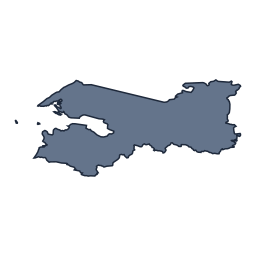 the Region of Leningrad
{"feature_id": "RUS-2336", "entity_name": "Leningrad", "entity_type": "Region", "adm_level": 1, "iso_a3": "RUS", "parent_name": "Russia", "parent_adm1": "", "projection": "natural_earth1", "projection_center": [31.635, 59.881], "detail": "fine", "context": "isolated", "style": "filled", "palette": "slate", "viewbox_px": 256, "rotation_deg": 0, "n_neighbors": 0, "source": "natural_earth", "source_scale": "10m", "svg_char_len": 5800}
<svg xmlns="http://www.w3.org/2000/svg" viewBox="0 0 256 256"><path d="M43.2,101.7L46.9,98.6L49.4,97.5L51.8,95.2L55.6,92.8L56.8,92.2L59.1,91.8L61.0,89.7L63.8,87.4L65.3,86.8L68.6,85.0L72.4,83.5L74.3,82.4L76.2,80.5L78.4,81.1L79.5,82.0L81.7,82.6L83.2,84.7L83.8,84.9L91.3,84.7L164.1,102.3L166.5,102.0L167.6,101.5L168.7,100.7L169.4,99.7L173.7,99.2L174.4,99.0L175.2,97.8L177.0,97.0L175.5,96.5L175.5,96.2L177.7,94.1L182.5,92.7L182.0,91.3L182.4,90.5L183.5,90.5L186.1,91.6L191.0,92.4L192.5,90.8L193.9,88.2L193.8,87.6L193.5,87.3L192.2,86.7L190.6,86.4L189.2,86.6L188.7,87.0L188.0,88.0L186.6,88.2L185.9,87.9L184.7,86.8L183.4,86.3L182.9,85.6L183.1,85.0L185.3,83.3L202.7,82.6L203.8,82.8L205.9,83.9L207.0,85.4L207.7,85.7L208.8,85.2L209.2,84.3L208.8,83.6L208.9,83.3L210.8,81.7L213.6,81.3L215.9,79.9L217.5,81.1L218.2,81.4L229.4,82.2L231.3,81.1L232.0,81.7L231.3,84.2L231.4,84.6L232.9,85.2L234.1,85.2L238.3,84.3L240.3,85.5L240.6,86.3L239.3,87.6L239.1,88.6L237.3,90.2L236.7,90.2L236.2,91.1L235.8,91.2L235.6,91.9L236.3,93.0L235.2,94.6L234.6,95.1L230.3,95.5L229.0,96.1L228.3,96.9L226.8,98.0L227.0,98.8L228.3,99.7L228.5,100.7L229.1,101.1L229.4,101.9L229.9,104.3L229.8,109.0L229.3,112.7L228.2,114.2L227.3,114.8L227.4,116.8L227.3,119.1L228.1,120.3L228.1,121.1L227.7,121.5L226.0,122.3L225.8,123.0L226.2,123.2L228.8,123.7L229.8,124.3L231.2,124.3L232.0,124.7L234.4,124.7L236.0,126.3L234.4,127.0L233.6,127.9L233.8,130.6L234.4,133.4L234.8,133.8L235.9,134.0L240.1,133.5L240.5,134.1L240.5,135.3L240.1,136.0L239.3,136.4L237.2,135.4L236.8,135.5L237.0,136.6L236.8,138.9L235.3,139.6L236.9,140.2L237.0,140.5L236.6,141.0L236.0,141.1L232.4,140.3L231.5,140.5L231.9,141.0L233.8,141.5L234.6,142.5L235.7,142.9L235.6,143.5L234.6,144.8L233.0,145.3L232.4,145.9L232.5,146.4L234.1,146.8L234.0,147.2L230.5,147.4L228.9,148.3L227.6,148.7L225.1,148.8L222.8,149.7L222.5,149.5L222.3,148.9L222.0,149.0L220.8,150.2L220.5,151.2L219.2,152.6L219.2,153.5L219.0,153.8L217.2,153.8L214.7,153.3L212.6,153.6L211.2,152.7L209.4,152.4L207.7,151.3L205.7,151.0L204.7,150.6L203.7,151.5L201.6,151.4L201.1,151.8L201.0,152.4L198.2,152.2L196.8,151.6L195.8,150.2L195.2,150.2L194.7,150.6L193.6,150.2L193.3,149.4L191.9,148.5L191.0,147.2L188.8,146.8L187.9,145.7L185.6,144.7L181.3,144.6L181.2,146.2L180.9,146.5L178.7,146.4L178.0,145.7L176.5,144.9L173.7,144.3L172.3,142.8L171.1,142.9L170.4,144.5L169.2,145.3L168.1,145.6L165.3,148.1L165.2,148.7L166.0,150.0L165.9,150.5L164.5,152.5L163.1,153.0L162.5,151.6L161.3,151.2L159.2,150.7L158.0,150.8L156.9,150.4L155.1,150.2L154.7,150.3L154.5,150.7L154.0,150.5L153.6,150.1L154.3,149.4L154.2,148.6L153.2,147.6L152.1,147.5L151.6,146.1L150.0,145.2L149.3,144.0L146.3,144.7L145.2,144.5L144.6,143.9L143.9,144.1L143.0,144.6L141.9,146.5L141.1,146.8L139.7,146.6L137.6,145.7L134.4,144.9L133.9,145.4L134.2,146.8L133.9,148.4L134.0,148.9L134.6,149.4L134.6,150.0L133.3,150.5L132.7,151.5L132.6,152.9L131.9,154.1L129.7,155.2L128.4,156.5L128.2,157.1L128.3,157.5L128.0,157.7L126.8,157.9L125.2,156.4L124.3,155.4L124.1,154.6L122.4,154.8L121.7,154.4L120.1,154.7L119.6,155.2L119.5,156.9L119.1,158.0L117.8,159.4L113.8,162.1L112.9,163.0L112.7,165.3L112.3,165.7L106.9,166.2L104.1,167.0L103.6,166.9L102.9,166.2L101.8,166.0L101.2,165.5L100.0,165.5L98.3,165.1L96.5,166.3L96.9,167.6L96.4,168.5L96.2,169.3L96.3,169.9L98.2,172.8L96.9,173.3L96.8,173.8L97.2,174.1L97.0,174.4L95.5,175.1L94.9,176.0L90.5,175.8L88.2,176.1L86.4,175.6L84.9,175.7L81.8,174.7L81.4,174.3L82.4,173.0L80.6,172.7L79.7,171.0L74.2,169.9L74.4,169.6L75.5,169.4L75.7,169.2L75.0,168.5L74.5,167.5L73.8,167.1L70.2,166.1L68.6,164.9L66.9,164.5L67.3,163.6L66.4,163.3L61.5,163.0L56.2,161.8L50.2,161.9L49.1,162.2L46.8,160.2L45.9,158.3L45.1,157.5L43.5,157.7L41.2,157.1L40.2,157.4L38.6,156.7L35.1,157.9L33.9,158.0L36.3,154.6L37.9,151.8L38.7,149.3L39.2,148.6L39.0,148.0L39.6,147.5L41.0,147.0L44.1,147.0L44.6,146.5L42.1,146.0L43.0,145.8L45.1,145.6L46.2,145.0L46.8,145.3L47.0,144.7L45.7,143.8L44.9,142.5L43.2,141.7L42.7,141.1L43.7,139.5L44.2,137.9L43.7,136.3L42.4,134.4L42.2,133.7L42.6,131.8L44.7,130.5L45.6,130.7L47.2,131.8L48.2,134.1L52.1,134.9L52.9,134.4L53.2,133.5L53.3,130.8L53.5,130.0L54.8,128.7L55.4,128.4L56.4,128.5L57.5,129.3L60.0,130.0L60.5,130.7L61.0,130.9L62.3,130.5L64.0,130.9L65.3,129.9L66.3,130.0L67.7,129.4L69.3,127.6L69.2,127.1L67.9,126.1L68.8,126.1L70.7,124.4L72.6,123.7L75.3,123.8L86.5,125.4L86.0,128.2L88.6,129.6L90.4,129.5L91.2,130.8L93.8,132.1L97.1,135.0L100.9,136.8L103.8,137.0L107.2,136.1L108.6,134.3L109.7,133.8L111.6,134.0L113.6,132.9L113.8,131.2L109.4,129.5L107.5,128.4L107.6,126.0L107.9,124.8L107.3,123.9L104.0,122.6L103.4,121.7L103.7,120.5L104.4,119.7L102.6,119.1L99.0,118.8L84.9,114.9L83.2,115.0L81.6,115.7L80.1,116.8L79.4,117.7L79.3,118.2L70.9,117.8L68.9,117.2L66.6,114.5L65.0,113.9L63.9,111.7L63.5,111.5L63.1,112.4L62.1,112.4L58.8,111.1L56.3,107.5L54.7,105.8L54.3,105.1L55.2,104.9L56.0,105.1L56.5,106.4L57.0,106.8L58.8,107.5L60.5,108.6L61.0,108.4L61.1,107.9L61.0,107.1L60.0,106.0L59.9,104.0L60.1,103.3L60.7,103.3L59.6,101.5L59.9,101.1L61.4,101.5L62.0,100.7L61.7,99.8L60.9,99.2L59.9,99.6L57.8,101.1L56.5,101.0L55.3,101.5L54.0,101.4L53.4,101.7L52.9,103.0L51.8,102.9L51.3,103.1L51.7,103.5L51.8,104.0L50.9,103.7L50.4,103.9L48.5,105.6L47.1,105.4L46.5,106.0L45.4,105.8L43.8,106.3L40.4,106.2L39.6,105.8L39.5,104.9L38.2,106.2L37.7,106.0L38.0,105.4L43.2,101.7ZM60.4,113.8L61.4,114.2L60.9,114.5L60.7,115.1L58.9,114.8L57.0,113.7L56.8,112.2L57.5,112.3L57.8,112.2L58.0,112.5L58.6,112.5L60.4,113.8ZM59.4,103.8L58.4,104.6L57.8,104.5L57.5,104.0L57.5,102.8L57.9,102.4L58.6,102.3L58.9,102.5L59.4,103.8ZM17.3,122.4L17.4,122.9L17.3,123.2L16.3,123.2L15.4,120.7L15.5,120.5L15.9,120.5L17.3,122.4ZM55.3,111.7L56.3,112.7L56.2,113.4L55.8,113.4L53.8,111.8L54.6,111.6L55.3,111.7ZM39.6,123.4L39.8,123.9L37.9,124.4L37.5,124.1L37.5,123.8L37.9,122.7L39.6,123.4Z" fill="#64748b" stroke="#1e293b" stroke-width="1.5"/></svg>